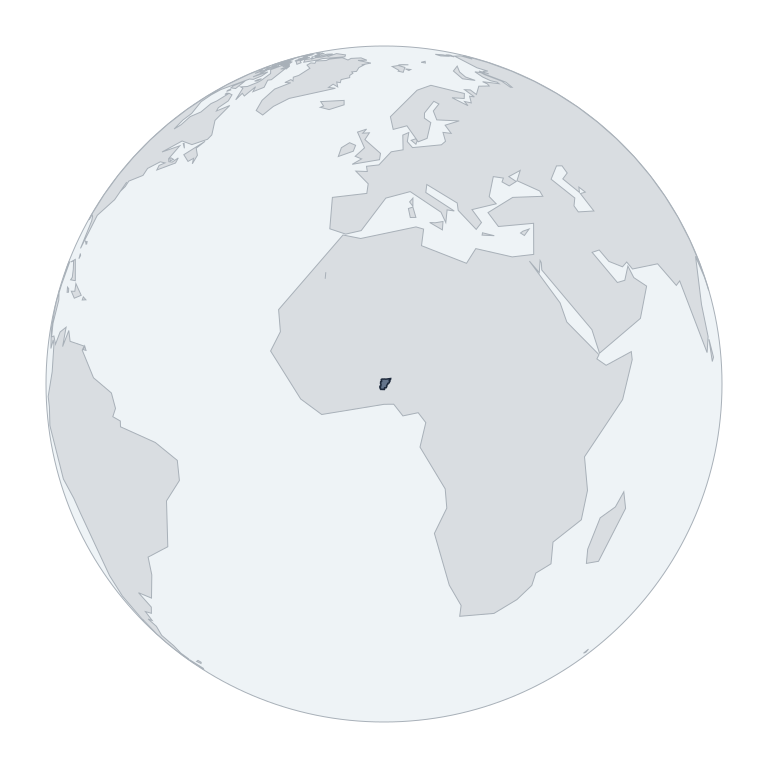 Borgou on an orthographic globe
{"feature_id": "BEN-2169", "entity_name": "Borgou", "entity_type": "Department", "adm_level": 1, "iso_a3": "BEN", "parent_name": "Benin", "parent_adm1": "", "projection": "orthographic", "projection_center": [2.675, 9.701], "detail": "fine", "context": "on_globe", "style": "filled", "palette": "slate", "viewbox_px": 768, "rotation_deg": 0, "n_neighbors": 0, "source": "natural_earth", "source_scale": "10m", "svg_char_len": 10068}
<svg xmlns="http://www.w3.org/2000/svg" viewBox="0 0 768 768"><circle cx="384" cy="384" r="338" fill="#eef3f6" stroke="#a8b0b8"/><path d="M270.9,65.6L263.1,68.5L269.0,66.4L259.4,70.7L262.6,70.2L255.1,73.4L264.2,70.4L270.4,67.7L276.4,65.8L278.9,65.6L269.8,69.2L267.2,69.9L265.8,70.9L260.2,73.0L264.4,71.8L253.0,76.9L267.8,71.9L261.8,75.9L253.3,79.4L249.6,79.0L220.8,89.6L211.1,94.9L201.1,101.7L191.6,113.5L182.8,120.1L174.1,129.0L181.0,124.8L190.2,116.6L200.9,112.0L211.0,103.6L216.9,100.9L229.1,93.3L232.0,94.8L228.3,100.9L218.3,107.7L216.4,111.0L229.8,105.5L215.0,120.4L211.8,134.9L207.5,139.3L191.9,144.6L182.1,141.0L162.0,152.0L179.8,145.8L168.6,158.7L168.8,161.7L172.2,162.1L178.3,157.9L175.5,163.0L156.8,170.0L159.1,165.4L165.0,162.9L160.3,161.8L147.6,168.4L143.0,175.4L128.8,181.1L125.2,186.6L120.2,191.5L126.7,182.1L114.7,199.6L97.3,215.3L80.5,248.4L91.7,220.9L92.6,216.2L92.1,214.7L89.1,219.9L91.6,214.6L104.2,194.5L118.3,175.2L133.6,157.1L150.2,140.0L168.0,124.1L186.8,109.6L206.6,96.4L227.3,84.6L248.8,74.3L270.9,65.6ZM66.9,267.4L68.9,261.9L69.7,261.9L59.1,291.3L58.8,300.0L53.0,323.3L51.6,336.9L53.9,336.0L55.5,344.2L60.1,332.0L66.1,327.2L62.6,346.6L68.8,330.5L70.1,341.3L84.2,346.1L82.2,350.1L93.5,377.8L111.4,393.0L115.5,408.4L112.8,416.7L120.3,421.0L120.5,426.8L155.3,442.5L177.3,460.4L179.4,480.5L166.5,500.9L167.8,546.7L148.1,557.1L151.8,574.9L151.5,598.1L138.5,592.7L151.3,607.1L151.4,613.3L145.4,611.6L152.2,620.5L148.1,619.0L156.4,626.3L161.7,635.4L173.9,645.9L180.8,653.1L189.0,659.1L187.3,658.2L188.5,659.4L192.6,662.3L183.3,655.9L175.1,649.6L165.5,641.8L159.4,636.2L156.8,634.1L142.5,619.1L144.1,621.4L122.4,596.0L109.6,575.7L80.1,512.4L73.8,498.3L63.4,479.0L49.9,425.6L49.4,406.9L48.2,396.5L52.2,371.7L53.9,344.8L53.2,339.9L50.9,348.5L51.3,328.2L55.1,307.2L56.6,300.5L66.9,267.4ZM75.3,259.4L75.3,280.7L70.6,279.8L72.3,277.3L73.3,269.3L73.6,260.9L70.7,262.0L75.3,259.4ZM85.9,243.4L85.5,241.2L86.6,242.0L85.9,243.4ZM226.6,93.1L227.7,93.2L224.9,94.5L226.6,93.1ZM230.8,89.9L226.6,91.4L228.0,90.2L230.5,89.3L230.8,89.9ZM235.6,88.5L230.9,87.9L233.4,85.8L245.2,80.9L235.6,88.5ZM271.3,67.1L264.8,69.9L267.9,67.9L271.3,67.1ZM282.8,61.6L281.2,62.2L290.5,59.3L294.2,58.2L298.2,57.3L292.6,59.1L284.6,61.5L292.5,59.4L271.8,66.4L272.8,64.9L282.8,61.6ZM279.1,64.9L278.3,64.6L287.7,61.4L290.9,61.4L286.9,62.4L279.1,64.9ZM311.3,54.0L299.3,57.0L296.8,57.5L311.3,54.0ZM286.0,63.0L292.3,61.7L290.2,63.2L280.5,65.0L286.0,63.0ZM288.8,60.6L293.4,59.3L291.9,60.0L288.8,60.6ZM286.1,69.0L285.0,68.0L289.7,66.1L286.1,69.0ZM294.9,61.1L295.6,60.6L297.3,59.9L301.0,59.5L294.9,61.1ZM304.3,56.0L305.2,56.0L309.6,54.6L314.3,53.9L305.3,56.3L311.1,55.0L312.6,54.8L303.6,57.0L304.3,56.0ZM309.9,57.2L300.1,60.9L301.1,62.7L296.9,64.3L296.0,61.2L309.9,57.2ZM307.0,56.8L307.8,57.3L302.1,58.6L298.0,59.2L307.0,56.8ZM320.7,52.7L315.9,53.2L318.0,52.7L320.7,52.7ZM311.4,57.3L313.7,56.5L312.1,57.3L311.4,57.3ZM319.1,53.7L317.1,53.7L319.6,53.2L319.1,53.7ZM320.0,55.0L316.9,56.1L314.0,56.3L320.0,55.0ZM320.5,54.1L324.4,53.4L314.8,55.8L319.2,54.2L320.5,54.1ZM321.8,53.1L322.6,52.8L322.2,53.2L321.8,53.1ZM332.8,54.0L321.5,56.9L315.1,57.2L327.0,54.2L332.8,54.0ZM186.0,657.8L193.6,663.1L189.7,659.8L203.3,668.3L203.7,669.4L186.3,658.0L186.0,657.8ZM196.6,661.4L198.0,660.4L201.2,662.3L201.0,663.5L196.6,661.4ZM707.7,286.9L708.7,290.5L704.9,278.3L695.5,256.3L696.9,267.2L701.5,304.5L708.1,336.5L707.1,352.6L690.9,310.2L679.7,280.9L676.3,285.4L657.6,263.8L632.5,269.0L626.7,262.0L622.5,266.8L608.9,261.4L599.2,250.0L592.1,252.3L617.4,282.5L624.8,280.3L627.9,266.1L633.8,277.6L646.6,286.1L640.4,318.4L599.5,353.2L591.9,329.6L541.8,270.0L541.3,262.7L540.9,261.9L540.1,260.5L539.3,272.6L529.4,261.1L560.1,302.9L566.8,322.0L599.0,354.7L596.9,358.9L606.1,365.3L631.3,351.6L632.2,359.7L622.6,399.6L584.5,456.8L587.5,490.4L581.3,519.8L553.0,542.1L551.0,563.8L535.8,573.1L531.8,585.4L517.0,599.5L494.0,613.4L459.7,616.3L461.1,605.5L449.3,585.2L434.4,533.4L446.8,508.1L445.2,488.9L420.0,447.1L425.8,422.6L418.2,412.7L402.9,415.9L393.7,404.2L384.1,404.3L321.7,414.5L300.7,399.0L270.6,351.0L280.4,331.7L278.6,309.6L343.0,235.0L360.7,238.5L416.0,226.9L423.6,229.1L421.5,245.7L466.5,263.3L475.8,248.6L512.2,256.9L533.7,254.4L533.6,223.3L498.4,226.5L488.0,212.6L512.7,197.4L542.8,196.3L539.7,191.0L517.0,180.7L520.2,170.4L508.8,176.6L516.2,181.5L509.2,185.9L502.0,181.9L503.4,178.1L493.3,176.6L489.2,196.6L496.2,203.8L472.0,209.6L481.5,222.5L476.2,229.4L458.2,210.4L457.2,203.0L426.8,184.5L425.8,192.5L454.3,211.0L447.1,209.9L445.8,222.6L441.0,212.2L410.2,191.6L385.8,198.1L361.2,230.6L345.7,234.1L329.8,228.8L332.4,197.4L366.8,193.4L368.2,183.8L355.8,171.1L367.3,171.5L366.5,166.3L378.9,164.9L391.2,151.8L403.1,149.8L402.8,135.1L408.8,132.5L407.3,141.6L412.5,147.6L441.4,144.8L445.5,141.3L443.0,132.4L451.2,133.4L445.1,125.2L459.2,120.9L436.8,119.9L433.3,111.0L438.9,104.0L433.8,101.3L424.5,113.0L424.4,118.2L430.8,122.6L427.1,138.4L418.2,141.8L406.9,125.8L393.2,129.4L390.4,116.7L417.1,90.2L430.9,85.3L464.4,93.5L464.2,98.5L452.0,97.7L468.0,105.7L464.5,101.5L471.3,102.9L469.6,96.2L474.4,96.9L464.6,89.7L470.3,89.9L476.4,94.5L478.8,86.2L489.2,86.0L487.4,83.9L482.6,81.7L499.0,83.7L497.0,82.1L490.8,80.8L482.8,77.1L474.9,71.8L481.0,72.7L484.7,74.7L501.6,81.1L510.4,87.3L512.1,87.3L505.9,82.2L485.3,74.3L478.9,71.0L488.8,73.9L484.7,72.6L483.4,71.3L487.8,71.1L477.0,67.8L454.5,56.1L460.9,55.9L472.2,59.1L463.0,55.4L463.7,55.6L487.9,62.5L511.5,71.1L534.4,81.4L556.5,93.4L577.6,107.0L597.6,122.2L616.5,138.8L634.1,156.7L650.3,175.9L665.0,196.3L678.2,217.7L689.7,240.0L699.6,263.1L707.7,286.9ZM325.8,272.2L325.2,278.8L325.8,272.2ZM578.3,211.9L593.9,211.0L580.4,193.6L585.3,192.1L578.9,187.1L579.4,192.4L562.8,178.9L567.2,173.0L562.0,165.8L556.5,165.9L551.1,179.2L574.8,198.0L574.0,205.9L578.3,211.9ZM84.7,346.0L86.0,350.4L83.4,349.7L84.7,346.0ZM67.5,287.1L68.7,288.6L68.5,292.2L67.1,292.3L67.5,287.1ZM83.3,296.9L85.9,299.8L82.2,300.0L83.3,296.9ZM75.9,283.6L81.2,295.3L74.3,298.2L71.3,291.2L74.8,291.3L75.9,283.6ZM80.4,253.5L80.6,255.5L78.9,258.7L80.4,253.5ZM86.7,244.0L86.2,244.1L87.2,241.0L86.7,244.0ZM169.8,158.3L171.1,157.9L173.5,159.4L170.2,160.9L169.8,158.3ZM197.4,155.3L192.3,163.8L193.6,158.3L188.0,161.4L183.8,154.7L205.1,141.3L196.2,148.2L197.4,155.3ZM184.1,143.4L184.4,148.3L183.2,143.5L184.1,143.4ZM349.6,142.7L355.6,145.3L353.3,151.2L338.3,156.5L341.4,147.7L349.6,142.7ZM364.5,147.9L357.5,132.1L366.6,129.1L362.7,133.2L369.4,132.8L364.9,139.6L380.5,153.4L379.5,159.7L352.2,164.3L361.6,158.9L355.2,156.3L364.5,147.9ZM323.6,106.0L320.7,101.6L344.1,100.4L344.1,104.8L329.1,109.6L320.3,107.3L323.6,106.0ZM257.3,81.0L254.6,81.1L257.2,79.9L261.5,78.7L257.3,81.0ZM285.2,68.7L271.4,79.7L267.7,80.2L264.1,87.3L252.9,91.7L255.6,86.7L244.3,96.0L242.3,93.3L235.7,99.8L242.9,88.2L240.6,86.9L247.4,86.5L257.8,82.3L261.5,80.2L270.6,73.5L270.7,69.7L281.0,65.9L288.3,64.3L289.8,64.5L282.6,66.7L289.8,65.6L280.6,69.1L285.2,68.7ZM366.9,60.2L358.0,60.4L370.9,63.1L361.7,64.8L363.8,65.0L358.9,67.6L356.5,71.4L351.8,71.9L352.9,73.3L349.7,75.4L349.7,77.6L341.1,79.6L340.3,82.7L336.7,82.0L337.7,86.9L333.1,84.2L328.5,87.4L335.4,88.3L289.2,98.4L273.4,106.4L262.7,115.0L256.2,110.5L262.1,100.3L274.6,89.1L290.7,82.8L284.9,82.5L290.9,79.6L293.0,81.0L293.3,77.2L298.8,75.4L309.9,68.3L307.0,65.1L310.9,62.9L314.9,63.3L316.1,61.0L326.2,60.5L329.3,59.1L342.3,57.7L348.0,60.0L351.1,58.4L361.1,57.9L366.9,60.2ZM336.5,53.6L345.5,54.9L344.9,56.8L322.4,58.6L318.2,59.9L303.8,62.2L305.0,59.6L309.0,59.1L313.2,58.1L311.1,59.3L315.9,57.6L321.6,57.1L326.8,55.8L328.3,56.4L336.5,53.6ZM429.7,222.5L435.1,222.8L443.0,221.5L442.4,229.9L429.7,222.5ZM408.4,208.5L412.9,207.1L415.9,217.4L410.3,217.5L408.4,208.5ZM412.9,198.1L412.9,206.3L409.6,201.9L412.9,198.1ZM411.2,140.3L415.7,138.8L417.2,140.8L415.9,144.2L411.2,140.3ZM403.2,72.3L398.2,71.2L398.9,70.3L392.2,66.5L398.4,65.5L404.9,67.4L403.2,72.3ZM529.1,229.0L524.4,235.5L520.5,233.0L522.9,231.2L529.1,229.0ZM482.5,232.8L494.3,235.7L482.1,235.1L482.5,232.8ZM408.9,70.5L405.4,68.9L410.7,69.5L408.9,70.5ZM402.6,64.6L408.4,64.8L398.4,64.9L402.6,64.6ZM588.5,649.1L586.0,652.1L583.5,653.2L588.5,649.1ZM625.6,508.4L598.5,561.3L586.4,563.4L587.7,549.2L600.2,517.8L615.4,506.9L623.8,491.8L625.6,508.4ZM709.0,339.3L713.5,357.2L712.3,361.5L709.0,339.3ZM457.2,66.1L459.6,72.0L465.5,77.0L475.2,80.4L462.5,78.8L453.4,71.0L457.2,66.1ZM454.2,56.9L445.6,54.9L448.5,54.9L450.9,55.3L454.2,56.9ZM449.6,56.3L440.7,55.9L435.3,54.3L443.4,54.9L449.6,56.3ZM425.1,61.3L425.4,63.0L421.1,62.3L425.1,61.3Z" fill="#d9dde1" stroke="#a8b0b8" stroke-width="1"/><path d="M390.7,378.5L390.7,378.8L390.6,379.1L390.5,379.3L390.5,379.6L390.4,379.8L389.9,379.6L389.7,379.7L389.6,379.8L389.5,380.0L389.3,380.3L389.2,380.5L389.3,380.8L389.7,381.2L389.7,381.3L389.8,381.4L389.7,381.5L389.4,381.8L389.4,382.4L389.3,382.5L389.1,382.8L389.0,383.0L388.9,383.1L388.5,383.1L388.3,383.2L387.9,383.3L387.7,383.5L387.7,383.8L387.8,384.0L387.8,384.3L387.6,384.4L387.4,384.4L387.3,384.5L387.0,385.2L386.9,385.2L386.8,385.3L386.7,385.4L386.6,385.6L386.7,385.8L386.8,385.9L386.8,386.0L386.8,386.4L386.7,386.6L386.6,386.8L386.4,387.4L386.3,387.6L386.2,387.7L385.8,387.8L385.7,387.8L385.7,387.7L385.3,387.7L385.2,387.7L385.1,387.8L384.6,387.8L384.6,388.0L384.6,388.3L384.5,388.5L384.4,388.6L384.5,388.7L384.5,388.8L384.4,389.0L384.5,389.2L384.4,389.3L384.3,389.5L381.2,389.4L381.3,389.2L381.2,389.2L380.6,389.0L380.4,388.9L380.3,388.7L380.2,388.6L380.2,388.2L380.3,387.9L380.4,387.7L380.1,387.4L380.0,387.2L379.9,387.2L379.9,386.8L379.9,386.5L379.9,386.3L380.0,386.1L380.4,386.0L380.6,386.0L380.7,385.9L380.8,385.9L381.0,384.3L381.0,384.2L380.9,384.0L380.7,383.9L380.7,383.7L380.5,383.4L380.5,383.2L380.6,382.9L380.6,382.7L380.6,382.3L380.6,382.2L380.6,381.9L380.7,381.7L380.8,381.7L381.2,381.7L381.3,381.7L381.5,381.6L381.6,381.4L381.7,381.2L381.6,380.8L381.5,380.6L381.4,380.2L381.2,380.0L381.2,379.9L381.2,379.7L381.3,379.5L381.4,379.3L381.6,379.2L381.8,379.2L382.2,379.1L382.4,379.1L382.7,379.0L383.7,379.1L384.6,379.0L384.9,379.0L385.7,379.2L387.1,379.0L388.5,378.8L390.7,378.5L390.7,378.5Z" fill="#64748b" stroke="#1e293b" stroke-width="1.5"/></svg>